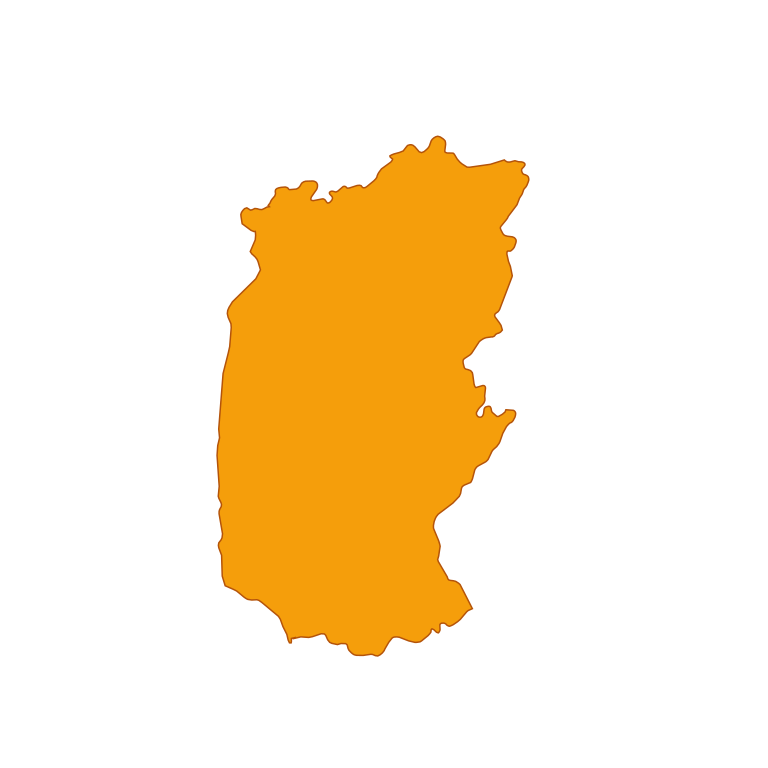 the border of L'viv, rotated 316°
{"feature_id": "UKR-291", "entity_name": "L'viv", "entity_type": "Region", "adm_level": 1, "iso_a3": "UKR", "parent_name": "Ukraine", "parent_adm1": "", "projection": "equal_earth", "projection_center": [24.224, 49.684], "detail": "fine", "context": "isolated", "style": "filled", "palette": "amber", "viewbox_px": 768, "rotation_deg": 316, "n_neighbors": 0, "source": "natural_earth", "source_scale": "10m", "svg_char_len": 6171}
<svg xmlns="http://www.w3.org/2000/svg" viewBox="0 0 768 768"><g transform="rotate(316 384 384)"><path d="M137.3,505.7L136.2,504.5L137.2,501.6L140.2,496.6L142.8,488.3L146.0,481.2L146.7,477.8L144.4,456.4L143.7,452.7L142.7,450.9L138.8,447.5L136.4,444.3L135.9,443.0L135.3,440.4L134.2,430.5L133.0,427.1L129.6,418.8L134.2,409.8L148.2,394.4L151.4,387.0L152.8,385.0L154.8,383.5L158.7,382.9L160.7,382.1L163.8,379.6L175.2,362.8L177.0,361.0L178.6,360.1L181.8,359.1L183.4,357.8L184.3,356.2L185.8,351.5L186.8,349.6L194.4,343.1L214.3,319.4L221.6,312.8L228.3,308.5L233.8,301.6L275.5,264.7L293.7,253.4L299.0,249.9L313.3,237.3L315.8,234.3L318.2,227.8L320.2,224.5L322.7,222.5L325.8,221.2L332.1,219.6L364.9,219.3L374.4,216.1L378.4,208.5L379.3,206.0L379.6,203.0L379.3,198.6L379.8,195.8L391.5,190.9L394.9,187.9L397.1,185.3L397.4,184.8L396.4,184.1L395.1,181.1L393.3,170.2L397.5,164.2L398.8,162.6L400.7,161.6L403.0,161.1L405.5,161.0L407.7,162.0L408.8,166.3L410.5,167.2L413.0,168.0L414.5,169.8L415.7,171.9L417.3,173.7L419.4,174.5L422.7,175.4L424.7,176.8L424.7,175.1L427.8,174.6L429.7,173.8L431.7,173.3L436.0,172.9L437.6,172.1L438.3,171.6L439.3,170.2L440.5,169.2L441.2,168.9L442.7,169.0L444.4,169.7L446.5,171.0L449.8,173.7L450.7,175.2L451.0,176.4L450.8,177.2L450.8,178.0L451.2,178.7L456.4,182.9L458.7,183.5L460.7,183.4L463.8,182.5L464.8,182.4L466.7,182.8L468.5,183.7L473.9,188.6L474.8,190.0L475.3,191.6L475.3,192.5L474.8,194.1L473.7,195.4L472.4,196.4L470.8,197.2L461.7,199.0L460.2,199.8L459.6,200.4L459.4,201.1L459.6,201.8L460.5,203.0L468.2,208.0L469.1,208.9L469.5,210.4L469.0,213.9L469.2,214.7L470.0,215.3L471.2,215.7L473.7,215.6L475.0,215.2L476.0,214.6L476.4,214.0L476.8,213.2L476.9,209.6L477.3,208.8L477.9,208.3L478.9,208.3L480.0,208.7L481.1,209.8L482.6,212.3L483.5,212.8L484.9,213.2L490.7,213.5L491.8,213.6L492.7,214.1L493.4,215.1L493.6,216.0L493.5,216.9L493.7,217.7L495.0,218.8L502.5,222.5L504.4,224.0L505.3,225.4L505.1,227.2L505.2,228.0L505.6,228.7L507.0,229.7L509.0,230.1L517.9,230.8L520.6,230.7L522.4,230.3L523.9,229.4L525.6,228.7L527.4,228.2L531.6,227.5L543.0,229.1L545.3,228.8L546.4,228.2L546.1,225.5L546.2,224.7L546.7,224.0L548.4,224.4L550.9,225.4L556.0,228.2L559.7,229.7L566.0,228.8L567.0,228.9L568.8,229.9L569.7,230.7L570.6,232.2L571.0,234.8L570.6,241.4L571.8,243.7L574.3,244.7L578.0,244.9L580.2,244.8L582.0,244.3L586.8,241.9L588.7,241.5L590.9,241.6L592.9,242.1L594.6,243.0L595.3,244.0L596.1,245.5L596.8,248.6L596.9,250.3L596.8,251.7L595.9,253.1L594.8,254.4L589.6,258.6L589.1,259.3L589.2,260.3L589.9,261.7L593.4,265.2L594.2,266.2L594.2,267.5L592.9,273.1L592.7,277.1L593.0,279.9L594.4,285.7L596.1,287.5L613.2,299.9L626.2,306.4L626.3,308.0L626.8,309.5L627.2,310.3L628.9,311.9L632.9,314.1L633.5,314.7L635.1,317.5L637.3,319.9L638.1,321.3L638.3,322.1L638.4,323.0L638.1,323.8L637.3,324.5L635.5,324.9L632.9,325.0L631.9,325.4L631.0,326.3L630.2,328.1L630.0,329.3L630.2,330.3L631.0,331.7L631.6,333.3L631.7,334.1L631.7,335.0L631.4,335.8L630.5,337.2L629.5,338.1L628.0,338.9L624.9,340.3L623.0,340.8L620.3,341.0L619.3,341.3L615.8,343.1L614.7,343.5L610.7,344.4L604.3,347.4L603.3,347.6L589.9,349.7L588.2,350.4L586.2,350.8L577.6,351.8L576.6,352.1L575.8,352.9L575.1,354.5L573.9,358.6L573.9,360.4L574.2,361.3L575.4,363.4L578.5,367.2L579.2,368.7L579.4,369.5L579.4,370.4L579.3,371.3L579.0,372.2L578.2,373.1L577.0,374.0L573.0,376.0L571.9,376.3L570.3,376.5L568.1,376.4L567.1,376.1L565.5,374.4L564.6,374.3L563.7,374.9L562.7,375.8L558.7,382.3L556.6,387.2L551.5,395.2L550.4,395.9L518.9,410.7L517.2,411.1L515.7,411.2L514.7,410.9L512.3,410.8L511.3,411.4L510.5,412.7L509.5,420.2L508.9,423.1L506.6,427.4L504.0,427.6L503.0,427.4L502.0,427.1L500.4,426.3L498.7,425.9L497.0,426.2L496.1,426.1L494.6,425.4L493.9,424.7L489.8,421.7L488.2,420.9L486.3,420.3L484.2,419.9L482.0,419.7L468.2,422.8L466.1,422.8L459.6,421.6L458.5,421.6L457.6,421.8L456.6,422.6L455.5,423.9L453.9,426.6L453.1,428.1L453.0,429.3L453.2,430.1L454.5,432.1L455.5,434.4L455.6,435.3L455.4,437.2L454.3,439.0L448.8,446.5L447.7,448.7L447.5,450.2L448.2,450.7L453.8,453.6L454.5,454.2L454.9,454.8L455.0,455.7L454.8,456.6L454.0,457.6L448.0,462.6L446.3,464.8L445.0,466.0L442.8,467.0L440.4,467.4L436.4,467.4L434.3,467.7L430.6,468.8L429.3,470.3L429.0,471.8L429.0,472.9L429.4,473.8L429.8,474.4L430.5,475.0L431.3,475.4L432.3,475.5L433.2,475.3L434.8,474.6L438.5,471.7L439.5,471.2L440.6,471.1L441.5,471.3L443.1,472.2L443.8,472.7L444.3,473.3L444.6,474.0L444.4,475.0L444.0,476.0L442.5,478.3L442.2,479.3L442.2,480.2L442.7,485.8L443.9,486.9L448.2,488.0L451.7,488.2L453.8,487.2L458.7,492.7L459.0,493.4L459.1,494.3L459.0,495.2L458.7,496.0L458.1,496.8L457.0,497.7L455.2,498.8L451.6,500.0L449.9,500.2L448.6,500.0L447.8,499.6L445.6,499.4L442.5,499.7L435.2,502.0L427.5,505.9L425.6,506.6L421.6,507.3L417.0,507.1L415.0,507.4L406.4,510.6L404.2,510.7L403.1,510.6L395.1,508.4L392.9,508.1L391.8,508.3L389.9,508.7L381.7,513.7L379.5,514.6L378.0,515.0L371.5,512.5L369.3,512.2L368.3,512.4L367.1,513.0L363.1,515.9L360.1,517.1L350.9,517.5L332.5,515.3L329.6,515.7L327.7,516.3L324.5,517.8L321.3,520.1L319.6,521.9L319.1,522.8L314.3,535.0L312.8,537.9L311.7,539.7L303.7,545.8L300.7,547.5L299.7,549.5L295.5,566.7L294.7,568.2L294.5,569.2L294.6,570.2L295.4,571.5L297.2,573.7L298.5,575.8L299.3,579.2L299.4,581.1L291.5,607.0L287.1,605.4L285.2,605.3L275.5,606.3L271.8,606.1L266.6,605.2L264.5,604.5L263.1,603.9L262.5,603.3L261.9,601.9L261.7,600.9L261.8,599.7L261.5,598.6L260.9,597.5L259.2,596.0L258.1,595.7L257.2,595.8L256.5,596.4L253.7,599.6L252.8,600.2L251.3,600.7L250.3,600.8L249.8,600.1L249.3,598.9L249.2,595.4L248.5,593.5L247.8,593.4L247.1,593.6L245.3,595.1L243.6,595.4L241.0,595.6L232.6,594.9L230.8,594.5L228.0,592.5L226.8,591.4L223.3,585.9L219.1,576.8L217.6,574.9L215.8,573.3L214.5,572.6L213.2,572.4L208.0,573.1L200.6,575.2L198.9,575.9L197.6,576.1L196.0,576.3L193.2,576.1L190.6,575.3L189.1,573.4L187.9,570.6L186.8,569.3L180.4,564.7L175.8,560.1L174.9,558.8L174.2,557.3L173.8,554.7L173.8,551.8L173.9,550.9L174.5,549.2L176.3,546.1L176.1,544.2L172.8,540.8L169.5,539.1L166.3,534.3L165.5,532.1L165.8,528.9L167.5,524.3L167.5,522.4L165.3,520.0L157.1,516.1L153.8,514.0L148.5,508.1L142.6,504.6L143.5,504.4L140.6,502.7L138.2,505.2L137.3,505.7Z" fill="#f59e0b" stroke="#b45309" stroke-width="1.5"/></g></svg>